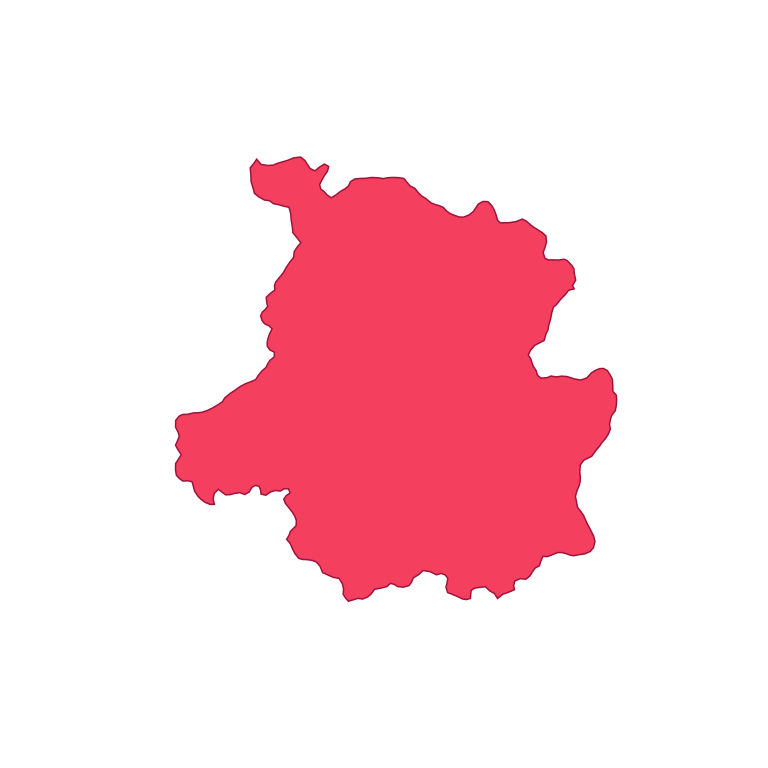 outline of Cristália, Minas Gerais, Brazil, rotated 234°
{"feature_id": "56859067B10808930633928", "entity_name": "Cristália", "entity_type": "district", "adm_level": 2, "iso_a3": "BRA", "parent_name": "Brazil", "parent_adm1": "Minas Gerais", "projection": "albers", "projection_center": [-42.811, -16.709], "detail": "fine", "context": "isolated", "style": "filled", "palette": "rose", "viewbox_px": 768, "rotation_deg": 234, "n_neighbors": 0, "source": "geoboundaries", "source_scale": "gbopen_adm2", "svg_char_len": 4611}
<svg xmlns="http://www.w3.org/2000/svg" viewBox="0 0 768 768"><g transform="rotate(234 384 384)"><path d="M640.7,413.1L639.1,408.7L637.5,402.8L631.1,399.0L626.2,395.6L622.0,394.1L618.0,392.7L614.4,391.2L609.0,392.7L603.1,395.4L599.5,399.2L595.0,400.5L590.8,404.3L586.8,407.4L582.8,411.0L576.7,408.7L571.2,405.3L565.6,402.5L559.9,399.2L553.0,399.6L547.1,399.7L546.1,395.2L544.0,389.3L539.6,385.3L538.1,380.0L535.9,373.7L533.1,367.6L531.4,361.1L530.1,356.3L528.0,353.3L524.2,350.8L524.1,345.3L523.4,339.7L518.8,337.0L515.2,335.5L514.1,331.7L513.6,327.6L511.7,324.3L507.3,322.7L502.9,322.8L498.3,325.3L494.4,325.8L491.8,320.8L488.8,316.7L486.2,313.8L483.0,311.7L478.5,311.7L474.3,314.0L470.5,311.3L470.1,305.4L468.7,301.8L466.8,298.6L466.3,292.8L464.8,287.3L463.0,282.7L464.2,277.4L465.6,272.2L466.5,266.3L466.5,259.6L466.8,254.5L466.4,247.1L464.6,242.9L464.9,236.7L465.4,231.2L466.4,225.5L468.1,220.1L470.1,216.5L472.7,212.7L475.1,207.0L477.7,203.2L478.4,199.3L477.0,194.1L471.6,190.0L465.9,189.1L462.1,187.7L459.4,183.5L457.0,179.3L451.8,178.7L445.9,178.4L444.3,174.2L442.1,168.6L437.0,164.8L432.2,162.4L427.8,162.9L423.8,164.2L420.8,168.6L417.7,171.3L414.3,170.0L408.7,167.8L402.6,167.5L398.2,168.2L393.3,169.8L388.7,172.6L386.3,176.1L391.3,178.0L395.3,182.4L396.2,188.1L391.1,189.6L387.5,190.7L385.1,194.2L383.3,198.8L380.7,203.7L376.4,206.4L375.9,211.5L378.0,216.2L377.7,220.1L374.8,222.8L370.8,221.9L367.2,219.8L363.5,223.0L363.3,228.9L361.7,233.5L358.4,237.1L357.9,241.7L355.3,245.1L351.1,244.0L351.1,239.0L349.7,235.2L345.6,234.1L339.8,234.3L334.1,234.5L329.5,234.1L325.2,232.9L321.1,229.7L319.8,221.6L317.4,218.2L315.6,213.9L310.2,214.4L305.5,213.3L299.5,212.3L293.1,212.5L290.0,214.9L286.9,218.8L283.7,222.0L279.7,224.7L274.1,225.1L267.4,223.5L262.6,226.3L257.4,229.3L253.1,233.4L246.8,232.9L241.9,230.8L238.0,227.4L233.4,227.1L229.2,227.5L227.6,231.9L226.0,236.7L222.6,240.3L221.3,245.7L221.7,250.3L223.5,255.7L220.6,261.7L218.4,267.2L218.9,272.1L215.9,274.5L212.1,276.0L208.3,280.2L206.2,285.7L207.5,289.8L209.9,293.7L209.4,300.0L210.1,306.0L205.2,310.9L198.8,314.3L197.1,318.9L193.8,321.2L189.4,321.5L186.3,318.4L183.2,314.7L177.9,312.9L172.5,316.4L167.9,319.1L164.0,321.1L161.2,323.9L159.7,327.9L163.0,330.6L165.8,333.2L165.6,337.4L163.2,341.9L160.4,346.9L154.6,347.9L149.5,350.2L143.7,349.8L144.1,356.5L142.1,363.3L140.9,368.7L144.9,370.5L147.7,374.0L146.5,379.7L142.7,384.1L142.9,389.1L144.6,393.1L146.3,398.4L145.5,402.8L148.2,406.3L151.2,411.2L148.2,414.9L147.0,419.8L145.6,425.3L142.9,429.0L139.5,431.8L136.3,433.9L133.5,436.6L131.7,440.7L128.5,446.7L127.3,452.4L128.5,457.3L132.5,462.0L137.7,464.2L143.6,465.2L151.2,466.3L156.3,467.3L160.5,468.2L165.1,468.3L170.6,468.1L175.4,470.4L180.6,472.8L184.6,478.0L187.2,482.4L189.7,485.2L192.9,487.9L197.9,490.8L203.1,495.2L204.9,500.7L204.2,505.1L203.4,509.5L204.6,513.1L206.0,517.3L206.8,521.3L208.6,526.2L209.7,531.2L211.5,535.8L214.5,540.7L218.7,542.6L222.1,546.2L224.7,549.7L226.4,555.3L230.1,559.3L234.4,562.9L238.5,565.4L243.5,564.8L248.3,568.2L253.3,571.4L258.3,572.3L263.6,572.6L267.6,570.7L269.8,567.3L270.8,562.9L271.1,558.2L269.7,551.7L271.5,545.6L276.2,541.0L282.4,536.5L285.9,532.4L288.5,527.5L292.3,523.8L293.2,519.8L296.4,514.5L301.0,513.3L305.2,514.9L310.4,515.2L314.2,516.2L318.3,517.6L322.5,517.7L325.1,522.1L326.7,528.8L325.9,533.7L325.1,539.2L329.4,544.6L331.2,548.2L335.0,552.2L338.6,556.9L343.2,561.8L346.6,566.3L346.9,570.4L348.3,575.3L349.2,579.4L349.8,583.5L351.3,588.3L349.2,593.8L352.9,594.4L355.3,600.1L361.5,602.9L365.5,605.3L369.2,605.6L375.9,604.9L379.1,603.0L381.7,598.1L384.9,593.9L387.7,590.0L391.1,588.1L396.8,590.0L399.9,594.6L403.4,599.0L408.6,602.0L413.2,601.1L418.5,599.0L423.9,596.9L428.1,595.8L432.4,594.8L436.1,592.9L437.9,586.0L440.8,580.3L443.6,576.3L445.9,572.9L449.5,572.1L454.7,574.0L459.3,575.3L464.5,576.1L470.4,575.3L473.5,571.4L474.2,566.2L472.4,561.4L471.0,557.6L470.8,552.2L472.2,546.5L475.0,542.9L479.0,540.2L482.9,537.7L487.0,536.4L492.1,535.7L496.0,533.4L499.6,530.5L502.8,528.6L506.4,527.6L510.2,526.6L513.7,525.0L519.0,524.2L524.1,524.0L529.1,521.5L534.0,521.1L538.6,520.9L542.2,517.3L545.7,512.9L548.8,508.1L550.6,504.1L553.8,501.0L558.2,495.6L561.1,490.2L564.4,485.4L567.0,481.0L567.4,475.8L565.2,471.9L564.8,467.9L565.4,461.7L565.2,456.3L565.6,450.9L570.2,449.1L574.9,448.6L578.7,447.5L583.1,449.0L585.7,454.1L587.6,458.2L589.3,463.2L592.5,467.1L597.0,465.0L597.4,459.2L597.0,453.4L601.8,450.9L607.0,451.1L611.3,451.4L616.7,449.9L620.0,443.8L621.6,437.5L623.5,432.1L625.2,427.4L626.2,423.0L629.0,418.6L633.9,413.6L640.7,413.1Z" fill="#f43f5e" stroke="#9f1239" stroke-width="1.5"/></g></svg>